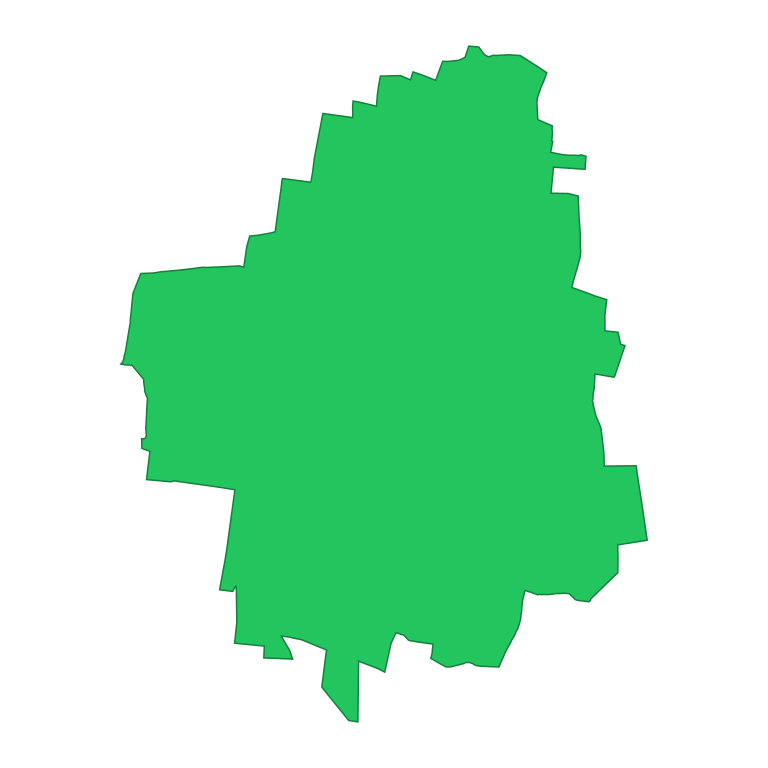 outline of Cenotillo, Yucatán, Mexico
{"feature_id": "50627088B43968623050569", "entity_name": "Cenotillo", "entity_type": "district", "adm_level": 2, "iso_a3": "MEX", "parent_name": "Mexico", "parent_adm1": "Yucatán", "projection": "albers", "projection_center": [-88.565, 21.031], "detail": "fine", "context": "isolated", "style": "filled", "palette": "green", "viewbox_px": 768, "rotation_deg": 0, "n_neighbors": 0, "source": "geoboundaries", "source_scale": "gbopen_adm2", "svg_char_len": 4635}
<svg xmlns="http://www.w3.org/2000/svg" viewBox="0 0 768 768"><path d="M357.9,721.9L358.1,705.5L358.6,661.2L377.4,668.4L384.7,672.1L391.1,643.3L392.1,641.1L393.6,637.9L396.0,632.8L398.4,633.3L400.4,634.2L403.9,635.2L404.9,636.2L405.7,637.1L408.2,639.9L410.0,640.7L411.8,641.0L414.3,641.1L415.5,641.6L416.6,641.8L422.7,642.7L424.5,642.9L425.6,643.1L428.5,643.5L430.7,643.8L433.0,644.0L432.9,645.3L432.4,649.7L432.1,653.5L431.7,654.7L431.5,655.8L430.8,658.4L434.0,660.2L438.3,662.7L441.2,664.3L445.6,666.8L446.9,666.9L448.4,667.0L451.9,666.7L454.7,665.9L456.2,665.4L457.4,665.0L458.3,665.1L459.9,664.5L462.0,664.0L462.9,663.9L464.5,663.2L465.6,662.6L467.7,662.6L468.7,662.4L471.7,663.2L473.3,664.0L474.4,664.8L476.2,665.6L478.6,665.9L481.1,666.3L482.5,666.3L484.4,666.4L498.9,667.0L504.4,654.5L504.8,653.1L505.4,652.4L506.1,650.8L507.5,648.2L508.4,646.5L508.8,645.9L509.4,644.9L510.8,642.2L511.8,639.9L513.0,637.8L513.8,636.7L514.8,634.8L515.5,633.1L516.2,631.4L517.2,629.7L518.0,628.2L518.4,627.0L519.4,623.9L519.8,622.4L520.7,618.5L520.9,615.2L521.3,613.7L521.8,609.7L521.8,608.1L521.9,606.4L522.8,599.3L523.5,596.8L524.1,594.2L525.2,590.4L529.4,591.9L531.6,592.3L532.3,592.9L533.3,593.3L534.1,593.5L535.0,593.8L537.6,594.8L539.6,594.3L541.1,594.6L544.0,594.5L546.8,594.6L549.3,594.5L550.8,594.3L552.6,594.1L556.1,593.6L560.0,593.5L565.4,593.2L566.5,593.4L568.3,593.6L569.1,593.7L570.0,594.3L572.1,596.6L573.4,597.6L574.0,598.3L575.3,599.6L576.5,600.0L579.2,600.6L582.8,601.0L586.3,601.5L587.5,601.5L588.8,601.8L590.4,600.5L590.7,599.3L591.1,598.6L617.8,572.7L618.0,557.1L617.7,544.9L647.2,540.2L641.7,502.6L638.0,479.0L636.1,465.8L604.3,466.1L603.9,453.2L603.8,451.9L601.0,428.4L600.1,425.8L599.4,423.9L598.7,422.5L598.2,421.1L597.2,419.1L596.4,417.0L595.9,415.3L595.1,412.8L594.8,411.0L594.4,409.7L593.9,407.4L593.3,405.3L593.1,404.0L593.0,402.6L592.7,401.8L592.4,400.4L593.0,399.1L592.9,396.8L593.1,395.6L593.2,394.2L593.4,392.6L593.7,391.2L594.0,389.1L594.2,388.2L594.3,387.2L594.4,386.3L594.4,385.6L594.5,383.2L595.0,373.9L613.8,377.2L614.7,376.2L625.0,345.6L620.7,344.3L618.2,333.2L618.0,332.2L605.0,330.9L604.9,314.9L606.7,299.7L595.3,296.1L588.3,293.4L579.4,290.2L571.7,287.4L572.9,283.0L573.4,281.3L575.1,275.2L576.2,271.4L576.6,270.0L579.1,261.4L580.1,257.4L580.4,256.0L580.7,251.0L580.3,246.0L580.3,245.3L580.3,235.1L580.1,231.3L579.4,221.5L579.1,217.7L579.1,217.4L578.8,211.1L578.7,208.1L578.4,200.4L578.2,196.0L568.1,193.5L559.3,193.4L557.7,193.3L551.0,193.2L553.5,167.1L558.1,167.5L565.7,168.0L572.1,168.4L578.6,168.9L585.1,169.3L585.3,165.4L586.0,156.3L581.4,154.9L578.0,155.5L574.4,155.2L569.0,155.2L563.2,154.8L550.6,152.3L552.8,141.3L551.7,141.0L552.1,137.6L552.5,133.6L552.0,128.6L552.5,126.0L537.8,119.6L536.9,102.7L537.3,98.3L541.1,87.1L543.6,81.5L546.8,72.8L538.7,67.3L521.0,56.0L519.9,55.5L509.2,54.8L495.0,55.5L494.3,55.2L493.2,55.3L489.2,56.7L488.5,56.7L486.8,56.0L485.6,55.4L484.3,54.3L482.5,52.1L478.8,47.0L468.8,46.1L465.0,57.4L458.8,60.3L448.3,61.4L442.7,61.3L437.8,74.5L435.6,80.3L429.0,77.7L421.7,74.8L413.0,71.9L410.5,79.9L400.5,75.6L380.4,76.1L378.6,85.7L377.3,95.2L376.5,106.2L360.0,102.3L353.1,101.0L352.7,105.1L352.6,107.5L352.8,111.1L352.7,117.6L322.9,113.5L314.3,158.3L312.6,172.4L310.9,181.9L309.8,182.1L282.6,178.5L282.2,179.1L281.1,188.1L279.0,203.3L277.8,212.3L275.2,231.8L270.1,233.1L258.3,235.2L249.7,236.1L246.7,246.8L244.3,263.8L243.9,267.2L239.5,265.9L235.6,266.1L227.3,266.5L222.8,266.8L207.2,267.4L202.7,267.3L200.7,267.5L193.4,268.5L179.8,270.1L170.8,270.9L160.6,271.8L153.7,273.0L140.8,273.5L132.9,293.5L131.1,312.6L130.4,318.5L130.3,322.6L129.5,327.0L127.7,338.0L125.5,351.2L125.1,353.1L124.5,354.8L124.2,356.3L123.7,359.1L122.9,361.7L120.8,364.1L123.0,364.5L126.0,364.9L132.0,365.2L143.5,379.1L143.9,383.6L144.6,388.2L144.8,391.5L145.1,392.5L146.3,395.7L147.5,398.3L147.1,403.0L145.8,429.0L146.3,435.8L145.5,438.1L143.4,438.8L141.7,438.7L141.9,448.4L149.9,451.4L146.5,479.6L170.8,481.8L174.2,480.9L194.8,483.8L213.6,486.4L234.9,489.7L226.8,549.2L224.2,565.2L224.1,565.3L219.6,589.8L232.8,591.4L235.6,586.0L236.2,586.7L236.4,593.6L236.8,622.3L234.6,643.2L264.3,646.1L263.8,657.9L292.7,659.1L292.3,658.2L291.9,657.1L291.5,655.8L290.8,653.5L290.2,651.7L289.7,650.8L289.3,649.7L287.9,647.4L287.3,646.6L286.9,645.7L285.5,643.3L285.0,642.5L283.6,640.0L282.9,638.9L282.3,637.7L281.5,636.0L282.4,636.2L284.3,636.4L285.7,636.5L288.3,637.0L289.8,637.2L291.6,637.6L293.6,638.2L295.2,638.4L297.2,638.9L299.2,639.2L301.3,639.6L319.5,647.1L322.3,648.2L323.5,648.7L325.1,649.4L326.7,650.1L326.1,652.7L321.8,687.2L348.7,720.5L357.9,721.9Z" fill="#22c55e" stroke="#15803d" stroke-width="1.5"/></svg>